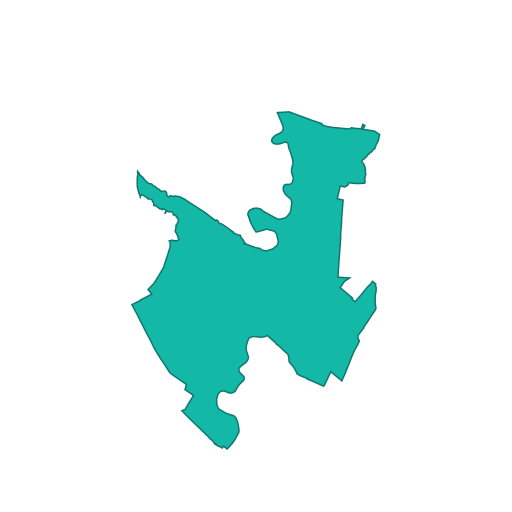 the district of Lespezi, Iasi, Romania, rotated 39°
{"feature_id": "2599482B74644698541677", "entity_name": "Lespezi", "entity_type": "district", "adm_level": 2, "iso_a3": "ROU", "parent_name": "Romania", "parent_adm1": "Iasi", "projection": "orthographic", "projection_center": [26.683, 47.358], "detail": "fine", "context": "isolated", "style": "filled", "palette": "teal", "viewbox_px": 512, "rotation_deg": 39, "n_neighbors": 0, "source": "geoboundaries", "source_scale": "gbopen_adm2", "svg_char_len": 6098}
<svg xmlns="http://www.w3.org/2000/svg" viewBox="0 0 512 512"><g transform="rotate(39 256 256)"><path d="M373.5,211.5L371.4,207.7L369.4,205.0L369.0,204.6L368.3,204.5L367.6,203.9L366.7,202.4L362.5,202.3L362.5,203.6L362.8,204.7L362.5,207.0L362.2,210.2L362.1,214.3L362.1,221.5L361.7,229.3L357.2,229.0L357.3,227.9L341.4,227.7L340.8,221.5L340.8,220.0L340.9,219.4L342.6,214.2L333.0,220.9L324.5,208.9L311.1,189.6L307.7,185.3L302.1,177.1L297.8,171.3L288.5,157.7L283.2,160.3L281.7,157.5L277.4,148.5L280.1,147.3L281.5,146.5L282.1,145.4L282.8,142.9L282.1,141.4L282.3,140.8L283.0,139.9L285.2,138.8L289.7,135.5L294.3,131.4L294.6,130.8L294.5,130.5L294.0,130.2L294.0,129.7L293.5,129.0L292.5,128.6L292.5,128.3L292.2,128.1L291.9,127.8L291.9,126.9L290.7,125.8L290.7,125.4L290.6,124.9L289.5,122.9L287.9,121.9L287.6,121.1L287.1,120.3L286.0,119.5L285.0,118.9L284.3,117.8L283.6,117.9L283.1,117.4L281.3,116.6L279.8,116.4L279.1,116.1L278.6,115.7L278.2,115.0L278.8,112.7L279.1,112.2L279.0,111.1L279.4,109.4L279.4,108.4L279.2,107.1L279.2,105.7L279.8,105.3L279.5,104.8L279.5,103.8L280.2,102.7L280.4,101.4L280.2,100.8L280.1,99.5L280.7,98.4L280.8,97.8L279.1,93.1L278.7,90.2L278.0,88.8L277.9,88.0L277.2,87.0L276.2,84.7L275.7,83.9L275.1,83.8L269.6,84.4L268.5,84.9L259.4,90.3L258.5,86.1L256.3,86.3L257.4,90.0L257.9,91.1L256.5,91.8L252.4,94.6L249.3,96.4L249.4,96.8L249.1,97.6L248.4,98.7L234.6,107.9L230.1,110.5L224.3,112.7L223.8,111.7L213.1,115.7L191.1,123.1L182.3,131.1L194.3,137.5L196.1,138.9L197.4,140.4L197.8,141.6L197.9,143.4L197.0,146.2L195.4,149.4L194.9,151.2L194.6,153.4L194.9,155.2L195.5,156.4L196.5,157.2L198.1,157.5L199.5,157.2L200.8,156.6L202.7,155.2L204.8,152.6L205.8,150.7L207.1,149.2L208.4,148.3L209.5,148.2L210.5,148.7L212.3,150.5L214.8,152.2L217.5,153.7L223.9,158.1L226.5,160.7L228.7,165.7L231.1,168.8L235.4,171.4L236.8,173.3L237.8,175.5L237.9,177.0L237.5,178.5L236.5,179.7L234.5,181.2L233.7,182.4L233.4,183.7L233.9,185.3L234.8,186.7L236.6,188.2L239.2,189.3L242.4,189.8L246.7,189.9L247.7,190.1L249.0,190.9L250.3,192.1L254.5,198.8L255.2,201.3L255.3,204.8L255.1,206.3L254.9,207.5L254.1,208.8L251.8,212.0L250.1,213.4L248.3,214.0L233.7,216.6L230.2,216.5L226.6,218.2L224.2,220.4L222.3,224.1L222.4,226.5L223.3,228.7L230.3,233.1L236.2,235.8L240.9,237.3L242.3,235.8L247.3,228.5L254.1,225.4L255.6,225.3L257.1,225.5L259.7,227.0L260.9,228.2L263.3,229.8L264.4,231.0L265.2,232.8L265.8,234.7L265.7,235.5L265.2,236.6L264.8,239.2L263.9,241.0L261.0,245.2L259.9,246.1L257.5,247.4L253.7,247.8L252.6,248.7L249.5,250.1L241.1,252.9L239.9,252.9L239.3,254.0L238.8,254.0L238.6,252.7L235.5,251.5L232.9,251.1L231.3,250.2L230.8,249.7L229.8,250.2L229.4,250.8L223.5,252.3L223.3,251.7L211.7,252.4L208.2,253.0L207.8,253.4L206.6,253.7L205.2,253.2L204.8,252.8L203.6,252.6L202.3,253.1L202.4,254.0L188.6,254.3L169.9,256.4L165.2,256.7L159.3,258.0L154.8,260.7L154.7,261.7L153.9,261.8L151.4,263.2L151.3,264.5L150.9,264.9L150.1,265.1L149.1,265.3L148.5,264.8L146.8,263.2L145.0,262.6L144.5,262.7L143.3,264.1L142.3,264.8L141.1,265.4L138.3,265.2L136.8,265.7L134.5,265.5L131.5,266.0L130.7,265.8L129.8,265.7L128.9,266.0L127.7,266.8L126.6,267.2L121.3,266.9L119.8,266.4L118.1,266.1L115.0,266.1L112.9,265.2L110.7,264.7L111.3,265.6L112.4,266.3L112.9,266.8L113.8,268.9L116.2,272.1L120.0,276.7L120.8,277.4L124.0,279.7L125.9,281.1L127.8,282.0L128.9,282.9L128.3,280.9L129.0,280.1L130.9,279.7L134.0,279.5L135.1,279.1L135.9,279.7L136.4,279.6L137.2,278.7L138.0,278.3L140.1,277.8L140.7,278.3L142.0,279.0L142.5,279.2L143.4,279.3L144.7,281.1L145.9,280.4L147.7,279.9L151.6,279.9L153.4,278.6L153.9,278.9L153.9,278.2L155.5,277.2L156.3,277.1L157.4,277.4L157.7,277.8L158.3,279.7L158.3,280.6L158.6,279.8L158.3,277.8L158.5,277.0L158.8,276.8L160.2,276.7L162.3,275.0L163.1,274.7L164.5,274.8L166.0,276.1L166.4,275.5L166.6,275.3L168.5,275.1L169.2,275.6L169.8,275.8L170.6,275.8L172.4,276.4L173.1,277.0L173.9,278.0L174.1,278.5L174.0,279.2L174.6,281.3L174.4,282.4L175.8,284.1L176.7,285.6L177.2,287.0L178.2,288.0L180.1,288.4L185.6,291.7L185.5,293.0L184.6,294.2L183.9,294.8L180.9,296.6L179.9,297.6L179.2,298.8L179.6,298.7L180.0,298.9L183.3,302.3L186.6,310.7L190.1,320.0L191.3,322.8L192.7,331.7L193.8,340.4L194.0,340.4L193.2,350.0L199.0,351.2L194.0,362.7L194.4,362.7L190.2,371.9L201.3,376.6L205.9,378.8L210.3,380.6L216.7,383.6L228.7,388.7L235.3,391.9L247.0,396.0L252.5,397.6L261.8,400.7L264.0,401.0L282.8,399.6L284.9,404.5L295.2,403.7L296.0,409.8L296.3,413.3L296.5,413.8L297.4,419.4L297.3,420.2L295.8,422.9L305.9,424.1L332.3,426.4L334.2,426.8L339.7,427.1L341.2,427.6L342.2,428.2L342.5,428.0L342.3,427.8L342.4,427.3L343.4,427.3L344.1,427.8L347.1,427.3L348.4,426.7L350.6,426.5L350.4,424.3L355.1,424.1L355.3,419.0L355.5,416.3L355.2,411.9L353.8,404.8L353.5,403.6L353.1,403.0L351.5,401.1L345.9,396.4L342.0,394.4L339.8,394.1L338.7,394.3L335.2,395.8L332.0,397.0L323.5,398.3L322.3,398.0L319.4,396.4L317.8,394.8L315.9,392.5L315.0,391.1L313.4,387.0L313.5,384.8L313.7,383.8L314.3,382.7L316.2,380.9L321.2,379.4L322.4,378.6L323.5,377.6L324.8,375.0L324.9,374.3L324.8,373.3L324.1,369.4L323.9,366.1L324.5,361.5L324.5,360.5L324.4,359.7L323.8,358.3L322.6,357.4L321.7,357.2L317.8,356.9L316.4,356.6L315.2,356.0L314.4,355.4L313.8,354.5L313.5,353.5L313.5,351.8L315.2,344.8L315.2,343.5L314.9,341.7L314.3,340.1L313.9,339.4L307.4,335.1L306.0,333.5L304.3,330.4L303.0,327.0L302.5,325.6L302.4,324.5L302.5,323.7L302.8,322.8L304.1,320.9L305.0,319.9L309.7,316.9L311.7,315.3L313.5,313.3L314.2,312.2L314.8,310.7L326.4,311.2L326.9,311.6L331.7,311.5L339.2,312.2L342.4,312.1L345.3,314.2L348.4,317.4L355.6,318.8L361.8,321.4L362.1,321.5L362.2,321.8L366.4,321.0L372.7,319.0L373.0,319.0L373.3,319.4L378.1,317.9L390.2,314.7L390.4,314.5L390.6,314.2L390.4,312.7L389.6,309.9L388.9,306.6L388.5,305.1L386.9,298.9L401.3,299.0L400.0,294.4L399.2,291.2L397.7,286.5L395.8,280.1L394.3,275.7L392.4,269.3L392.0,267.7L390.7,260.4L390.2,258.2L389.5,256.7L387.5,256.1L386.8,255.6L385.7,254.2L385.3,253.4L385.2,250.1L385.0,248.9L385.2,248.0L385.0,245.8L385.0,244.2L384.7,244.2L384.4,241.9L383.9,235.3L383.2,229.2L382.9,224.6L382.5,222.0L381.6,220.6L379.8,219.1L375.4,214.2L373.5,211.5Z" fill="#14b8a6" stroke="#0f766e" stroke-width="1.5"/></g></svg>